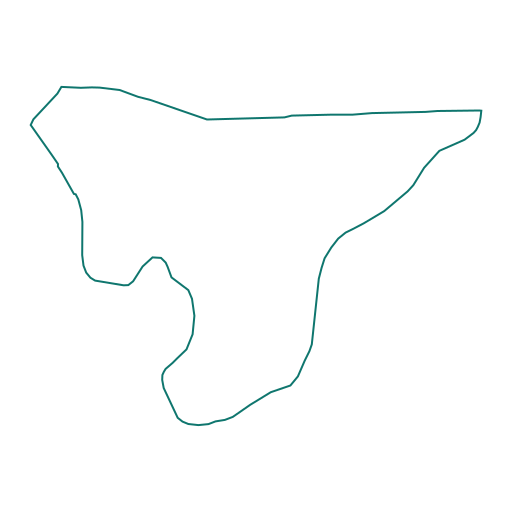 San Bartolo, Totonicapán, Guatemala (Equal Earth projection)
{"feature_id": "79465075B3234848459955", "entity_name": "San Bartolo", "entity_type": "district", "adm_level": 2, "iso_a3": "GTM", "parent_name": "Guatemala", "parent_adm1": "Totonicapán", "projection": "equal_earth", "projection_center": [-91.463, 15.109], "detail": "fine", "context": "isolated", "style": "outline", "palette": "teal", "viewbox_px": 512, "rotation_deg": 0, "n_neighbors": 0, "source": "geoboundaries", "source_scale": "gbopen_adm2", "svg_char_len": 1189}
<svg xmlns="http://www.w3.org/2000/svg" viewBox="0 0 512 512"><path d="M61.4,86.9L57.4,93.6L33.4,119.3L30.7,125.0L51.7,154.8L58.0,164.0L57.9,166.5L62.0,172.8L73.9,193.9L75.7,194.3L78.3,199.4L81.2,210.2L82.4,221.9L82.2,255.2L83.5,265.6L86.2,272.6L90.4,277.7L95.1,280.6L100.0,281.4L123.6,285.3L128.3,285.1L133.1,281.3L142.6,266.5L152.5,257.4L161.0,257.9L165.7,262.6L167.6,266.8L171.5,277.4L188.3,290.1L192.0,298.8L194.4,315.8L192.6,334.3L186.5,349.4L177.2,358.3L172.6,362.9L165.6,368.9L163.8,371.9L162.4,375.0L162.2,379.9L163.7,388.0L177.7,417.8L182.5,421.6L188.3,424.0L198.4,425.1L208.5,424.1L215.5,421.4L224.9,419.9L232.8,416.9L250.2,404.8L270.8,392.2L290.4,385.5L297.9,376.4L304.7,360.7L309.4,351.2L311.8,344.4L318.8,278.7L321.6,267.8L324.6,258.3L331.3,247.5L338.2,238.6L345.6,232.6L352.3,229.3L363.6,223.4L384.2,211.1L407.6,191.4L413.3,185.2L424.1,167.8L439.4,150.8L464.6,139.7L473.6,132.9L476.1,130.1L477.8,126.9L479.6,122.6L480.6,117.1L481.3,110.7L479.5,110.5L437.4,111.0L425.6,111.9L371.9,113.1L352.1,114.7L329.8,114.7L291.8,115.6L284.4,117.4L207.0,119.5L150.5,100.0L138.0,96.8L119.6,90.0L99.6,87.6L91.8,87.4L80.8,87.8L61.4,86.9Z" fill="none" stroke="#0f766e" stroke-width="2"/></svg>